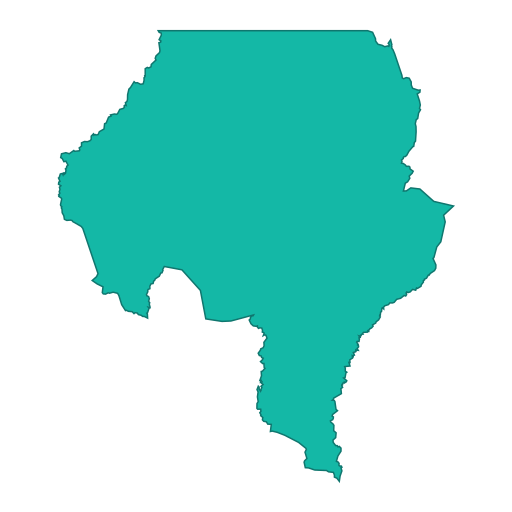 Gurue, Zambezia, Mozambique (Robinson projection)
{"feature_id": "85939544B52550879093260", "entity_name": "Gurue", "entity_type": "district", "adm_level": 2, "iso_a3": "MOZ", "parent_name": "Mozambique", "parent_adm1": "Zambezia", "projection": "robinson", "projection_center": [36.983, -15.463], "detail": "fine", "context": "isolated", "style": "filled", "palette": "teal", "viewbox_px": 512, "rotation_deg": 0, "n_neighbors": 0, "source": "geoboundaries", "source_scale": "gbopen_adm2", "svg_char_len": 5986}
<svg xmlns="http://www.w3.org/2000/svg" viewBox="0 0 512 512"><path d="M420.1,90.0L418.3,90.2L412.6,88.3L411.3,85.1L411.2,81.9L409.2,78.2L406.3,77.6L403.6,78.7L402.3,78.0L401.9,75.3L394.7,53.9L393.0,49.8L391.7,48.1L391.9,46.7L391.4,45.9L391.9,44.8L390.6,39.8L388.2,43.3L389.3,44.8L388.8,46.4L388.0,45.9L384.7,46.7L382.1,45.3L378.0,44.3L375.6,41.0L375.5,38.7L372.6,32.3L367.7,30.7L158.2,30.7L159.2,32.4L161.1,33.0L161.3,33.8L161.3,35.2L159.1,39.7L160.9,40.9L160.6,42.2L158.9,42.7L160.0,50.8L159.5,52.6L156.0,55.9L155.2,58.4L156.0,60.0L151.3,64.4L151.0,66.8L148.6,68.0L147.3,67.4L145.2,68.7L145.2,75.5L144.7,75.7L145.0,76.6L144.0,77.8L144.1,80.2L143.2,83.8L140.6,84.3L137.4,82.7L135.4,82.9L134.1,81.7L130.5,87.5L128.9,89.1L127.6,94.7L127.5,99.4L126.9,101.6L125.4,102.6L126.2,105.5L125.0,105.1L124.1,105.9L124.4,107.3L123.3,108.4L119.8,109.4L117.6,113.6L116.6,114.3L114.4,114.0L110.5,114.9L111.1,116.1L108.6,117.1L106.2,123.0L104.6,123.7L104.0,129.0L99.4,131.6L98.1,134.6L96.0,135.0L94.9,134.4L93.9,135.2L93.4,133.9L91.2,136.2L91.2,139.5L89.9,140.8L87.4,141.7L84.5,141.5L81.5,142.8L81.5,146.2L79.2,147.9L79.8,149.9L79.3,150.8L74.6,151.3L73.8,150.5L69.3,153.7L65.8,152.7L61.5,153.8L60.7,157.6L62.2,158.5L63.9,161.7L65.9,161.2L68.0,165.1L66.7,166.3L66.6,167.8L65.4,168.9L66.0,169.9L65.5,173.3L64.9,173.8L65.0,173.0L63.9,172.8L63.1,174.9L62.5,173.4L60.3,174.0L59.2,177.5L58.5,178.0L60.0,181.4L58.8,182.1L58.5,184.2L60.9,185.8L59.4,187.2L60.0,189.2L59.2,191.9L59.9,193.1L58.6,194.9L59.2,195.5L58.8,196.4L61.3,198.1L61.7,199.0L60.5,204.6L60.7,205.7L61.8,206.7L61.3,207.9L62.0,209.2L62.2,212.8L63.8,215.7L64.4,219.3L66.8,220.4L70.4,220.1L72.2,220.6L72.8,221.6L81.2,226.4L82.8,228.4L98.0,273.6L96.5,276.7L92.2,280.5L97.1,283.9L103.0,286.8L102.3,292.6L103.3,293.9L105.6,294.1L108.1,292.8L109.5,293.2L113.1,292.2L117.6,293.3L118.9,295.6L121.7,304.7L125.5,310.6L126.5,310.3L128.3,311.3L132.2,311.7L134.0,313.6L134.9,312.7L137.2,313.0L138.4,314.6L141.3,315.3L142.5,316.4L144.4,316.5L147.6,318.1L147.4,314.2L146.8,313.2L147.5,312.8L149.0,308.4L148.3,307.3L149.9,307.9L150.1,307.3L149.3,304.2L149.7,302.6L148.6,301.4L149.3,298.7L148.6,296.6L146.8,295.7L146.5,294.4L147.8,291.8L147.7,290.3L148.2,289.4L149.9,288.7L149.8,286.2L151.0,283.9L153.1,283.5L153.6,281.2L154.7,280.3L155.3,278.8L159.3,276.2L160.7,273.1L162.0,272.8L163.0,270.3L162.6,269.6L164.3,266.5L181.9,269.8L200.4,290.4L205.8,318.9L222.0,321.4L230.9,321.0L253.6,314.9L253.2,315.7L251.6,316.0L250.4,317.6L250.3,319.0L249.2,320.0L251.0,323.8L253.3,325.9L256.3,326.3L257.4,325.9L257.4,327.0L258.5,328.4L259.9,327.8L261.8,328.1L262.5,330.3L262.3,332.1L263.8,332.6L264.1,333.4L263.3,335.6L264.5,334.9L265.9,335.2L267.0,338.1L263.9,342.3L264.1,345.7L263.2,347.7L260.7,348.9L260.4,350.2L258.2,353.2L259.3,355.5L261.2,356.0L261.6,357.5L263.2,358.2L262.4,359.8L260.5,361.6L262.7,363.6L263.9,363.5L264.2,367.6L265.0,368.3L262.4,371.2L261.2,371.5L261.5,375.8L259.9,380.4L261.7,380.2L260.8,380.8L260.5,382.4L261.9,382.1L261.5,383.2L263.1,384.5L261.0,386.3L261.9,387.4L260.9,389.5L261.1,390.3L260.5,391.2L260.2,390.2L259.2,389.5L259.1,387.0L258.3,386.2L257.0,389.6L258.1,391.9L257.4,396.9L258.2,401.6L257.0,403.5L256.9,408.3L257.6,409.2L260.7,409.2L260.9,411.4L259.8,412.7L261.0,414.9L260.7,415.7L262.8,417.5L262.4,419.8L263.7,421.3L266.4,421.8L267.7,424.1L271.3,424.4L270.4,431.5L272.2,431.1L277.2,432.3L284.6,435.2L298.6,442.4L306.0,448.4L306.3,449.5L305.0,452.2L306.9,458.5L304.6,460.8L304.1,462.2L305.3,467.7L308.5,467.9L314.7,470.0L326.5,470.5L328.5,471.8L333.4,472.4L334.4,475.0L334.4,477.1L336.9,478.2L339.3,481.3L340.1,476.0L341.9,470.9L341.0,467.7L341.9,467.3L341.4,466.1L339.4,465.9L338.9,465.2L339.1,463.4L338.1,462.0L336.4,461.4L337.9,456.0L341.0,451.2L341.0,448.1L339.3,446.4L338.0,446.9L337.2,445.6L335.7,445.6L333.2,442.4L333.0,440.1L335.7,437.6L336.1,432.8L333.7,430.7L333.9,425.3L332.8,423.7L330.7,422.1L330.4,420.8L332.7,419.7L333.3,418.2L333.4,416.9L332.1,416.1L332.6,414.5L337.5,410.7L336.0,409.3L334.9,401.5L334.2,400.4L332.4,400.2L333.3,399.5L333.7,398.1L341.4,393.6L340.9,388.6L342.6,387.4L341.7,385.6L341.9,384.6L342.5,384.8L342.9,383.1L342.5,382.9L344.4,383.0L344.4,382.1L345.0,382.5L346.3,381.8L346.8,380.7L343.6,378.0L345.1,377.5L345.9,372.9L346.8,372.2L345.3,371.2L345.3,368.2L344.7,366.6L350.0,366.0L348.9,362.4L350.0,362.5L349.8,359.8L352.5,358.1L352.3,355.8L353.2,356.5L353.3,355.5L354.4,355.1L353.3,352.5L355.6,351.8L355.8,350.0L356.6,350.6L356.9,350.1L358.2,350.3L357.1,348.5L358.6,346.8L358.3,344.9L357.6,344.9L357.8,343.9L356.6,342.1L357.2,341.4L359.0,341.5L359.4,339.3L359.0,337.9L360.0,337.5L359.1,336.1L360.0,336.5L359.8,335.8L360.5,335.3L360.6,336.2L361.9,334.2L363.0,334.1L362.6,333.5L363.4,332.4L367.6,332.1L367.7,331.4L368.6,331.4L368.3,330.9L368.9,330.2L368.5,330.1L369.6,329.4L369.8,328.7L371.5,328.0L373.1,326.2L372.5,324.9L375.7,323.1L376.1,321.8L378.6,319.9L380.3,316.9L379.6,316.1L379.7,315.1L380.3,315.1L380.6,312.1L381.5,311.6L381.9,308.2L382.4,307.8L383.7,308.9L383.6,307.1L384.7,305.8L388.5,304.6L389.8,302.9L392.7,302.9L394.2,302.3L396.7,299.3L400.6,298.3L404.1,295.5L405.7,296.0L406.6,294.7L406.1,293.0L406.8,291.9L407.9,292.6L410.2,291.9L412.6,289.4L415.7,290.2L416.5,288.0L417.5,288.4L421.0,286.3L421.3,284.8L423.4,282.1L423.3,280.8L424.5,279.9L424.4,279.2L426.5,278.2L428.4,275.0L429.2,275.1L430.2,273.5L434.5,270.6L435.8,268.2L435.9,264.9L433.0,258.4L433.9,257.6L436.8,246.9L440.8,241.8L445.2,221.9L443.6,215.2L453.5,206.0L433.8,201.4L419.9,189.0L410.8,187.9L406.4,190.9L403.4,191.0L405.3,183.2L407.6,181.8L409.8,178.3L409.2,176.1L412.1,173.3L413.2,171.2L410.0,168.9L409.9,167.1L409.0,166.3L406.3,166.3L405.4,165.0L403.3,163.5L401.5,163.2L402.0,161.3L401.5,160.0L403.3,158.5L403.3,157.5L404.1,156.7L405.4,156.5L406.8,155.2L408.9,151.3L412.9,146.6L413.7,146.4L414.3,142.6L415.5,141.2L416.1,131.9L416.0,126.6L415.3,123.7L416.2,119.7L417.7,118.5L418.6,113.0L420.5,109.7L419.5,108.5L420.3,105.0L419.5,101.0L417.2,93.9L419.9,92.2L420.1,90.0Z" fill="#14b8a6" stroke="#0f766e" stroke-width="1.5"/></svg>